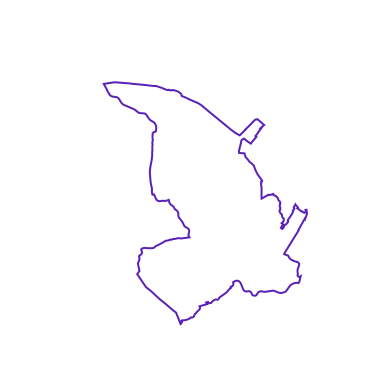 outline of Santiago Tulantepec de Lugo Guerrero, Hidalgo, Mexico, rotated 47°
{"feature_id": "50627088B2039046908464", "entity_name": "Santiago Tulantepec de Lugo Guerrero", "entity_type": "district", "adm_level": 2, "iso_a3": "MEX", "parent_name": "Mexico", "parent_adm1": "Hidalgo", "projection": "albers", "projection_center": [-98.384, 20.035], "detail": "fine", "context": "isolated", "style": "outline", "palette": "violet", "viewbox_px": 384, "rotation_deg": 47, "n_neighbors": 0, "source": "geoboundaries", "source_scale": "gbopen_adm2", "svg_char_len": 6047}
<svg xmlns="http://www.w3.org/2000/svg" viewBox="0 0 384 384"><g transform="rotate(47 192 192)"><path d="M289.0,127.9L286.4,122.8L283.0,120.4L282.5,121.3L283.6,121.8L284.0,122.2L284.1,122.7L283.9,123.1L283.9,123.9L283.9,124.1L283.7,124.2L282.9,124.4L281.6,124.5L281.3,124.7L280.7,125.4L280.4,125.4L278.5,125.5L275.7,126.1L275.5,125.0L273.2,125.0L272.7,124.9L271.9,125.2L271.7,125.1L272.6,128.1L273.2,128.3L273.9,128.4L274.4,130.7L274.7,130.6L275.4,132.0L276.0,132.9L276.8,136.2L277.4,138.1L277.3,138.4L277.6,139.9L278.2,141.4L278.3,141.5L278.7,141.4L278.9,141.5L279.1,141.6L279.3,141.9L279.7,144.2L279.6,146.2L279.5,146.8L279.6,147.4L279.5,147.9L280.0,148.4L280.5,149.4L280.5,151.2L278.9,151.5L277.7,147.4L275.9,147.7L275.9,147.3L276.0,146.2L275.7,145.1L275.4,144.3L274.4,143.3L274.1,143.1L273.8,143.1L273.0,143.2L272.5,143.2L271.1,142.6L270.0,141.8L269.5,141.8L269.0,141.6L267.9,141.8L267.0,141.4L266.1,141.3L265.9,141.2L265.4,140.9L265.3,140.7L264.9,139.1L264.1,138.8L263.8,138.3L263.1,137.8L262.3,137.7L262.1,137.6L261.2,136.1L260.8,135.9L260.7,135.8L260.5,135.5L260.5,135.1L259.5,134.4L259.0,134.4L258.4,134.3L257.8,134.4L257.0,134.3L256.5,134.1L255.3,133.5L254.6,133.5L253.4,133.2L252.5,133.4L251.6,133.5L250.7,134.2L250.4,134.3L249.5,134.2L248.9,134.0L248.8,134.3L248.7,134.2L248.4,134.6L248.3,135.1L248.3,135.3L246.9,137.6L246.7,137.5L246.2,137.8L244.3,145.6L242.5,144.1L241.0,142.6L238.0,139.8L235.9,137.8L234.6,137.1L233.1,136.0L233.1,135.7L232.7,135.1L231.6,134.6L231.6,134.4L231.9,134.3L232.0,134.2L232.0,133.8L231.7,133.1L231.4,132.9L225.5,132.2L224.1,132.0L221.8,131.5L221.2,131.2L218.8,130.5L217.7,130.0L214.8,128.8L212.2,128.9L209.9,129.2L208.7,129.3L206.1,129.0L203.5,129.0L202.6,128.9L201.1,128.0L200.7,127.8L200.1,127.8L199.5,127.3L195.6,130.9L194.0,129.7L189.5,122.7L189.2,122.6L187.8,120.1L188.4,117.5L192.3,117.0L196.7,116.0L196.2,113.2L195.6,107.3L194.3,107.4L194.2,106.7L194.1,105.2L193.3,102.1L192.5,97.4L192.1,97.8L192.1,97.7L192.0,95.5L192.1,94.1L192.2,93.5L183.3,94.5L183.2,95.0L182.2,96.4L182.2,97.7L182.5,103.1L182.7,110.3L182.9,110.3L183.1,118.5L178.3,120.0L173.5,120.9L146.1,124.6L134.9,126.0L131.7,126.8L129.7,127.6L122.9,130.6L118.7,132.2L114.8,134.0L114.3,133.8L113.1,133.1L112.5,133.1L109.5,133.5L105.6,135.5L104.2,136.7L103.9,137.1L103.9,137.5L103.6,137.8L102.8,138.3L102.8,138.5L102.0,139.2L101.3,139.3L101.0,140.1L100.6,140.6L100.0,140.9L98.8,141.4L97.6,142.1L96.2,142.6L95.2,143.1L89.9,146.0L87.4,148.6L81.5,153.5L72.7,161.4L70.7,163.0L59.2,173.5L58.0,175.1L57.7,175.7L56.5,177.2L52.8,182.8L59.5,184.5L59.9,184.8L64.0,185.7L65.2,186.0L66.3,185.8L67.9,185.1L69.0,184.3L69.9,183.5L70.9,182.7L71.6,182.3L72.3,182.0L73.3,181.9L74.1,181.9L78.4,182.8L79.5,182.8L81.0,182.7L81.8,182.4L83.0,181.9L88.3,179.5L92.7,177.7L97.6,177.0L99.4,175.8L101.9,173.3L102.7,172.9L103.6,172.7L104.9,172.8L108.2,173.4L109.8,173.5L110.6,173.5L111.9,173.3L114.7,172.4L115.6,172.3L116.6,172.4L118.1,172.8L119.8,173.6L121.0,174.7L122.4,176.4L123.1,177.4L122.2,178.8L122.2,180.7L124.4,183.0L127.7,185.7L128.5,187.1L130.4,188.5L132.4,190.7L134.6,192.6L135.7,194.0L137.5,195.5L141.1,199.6L145.1,205.2L148.6,209.2L152.3,212.2L156.8,215.7L160.8,218.2L161.7,218.6L163.2,219.7L163.2,220.2L166.7,222.7L167.1,222.7L167.8,221.5L168.7,221.7L173.4,223.3L174.6,223.1L175.9,222.6L177.3,221.2L177.9,220.0L179.0,218.9L180.1,217.9L181.5,215.5L181.9,214.4L183.4,215.3L184.5,215.8L185.4,216.0L186.8,216.1L189.4,215.6L190.4,215.6L192.7,216.2L193.7,216.1L195.5,215.8L196.2,215.8L196.9,215.9L198.2,216.5L200.0,218.1L200.7,218.6L201.5,218.9L206.9,219.4L207.8,219.6L211.0,220.6L212.1,220.8L213.1,220.6L215.3,219.9L216.3,219.8L217.1,219.9L218.0,220.2L218.7,220.7L219.1,221.2L220.7,223.6L221.3,224.1L222.6,224.7L223.4,224.8L220.5,229.0L218.8,231.3L216.9,233.2L216.0,233.9L215.1,235.8L214.1,237.2L213.3,238.1L212.9,239.7L211.9,240.4L211.1,242.7L209.7,244.5L209.7,244.8L208.7,249.4L207.6,253.2L206.9,255.1L206.8,258.0L205.9,259.5L203.9,261.7L201.5,264.0L200.3,265.0L199.1,267.6L199.7,268.6L201.5,269.4L202.4,269.9L203.0,271.8L202.7,273.3L202.9,274.6L204.3,275.4L204.9,275.9L206.3,277.8L206.5,278.7L207.5,280.5L212.2,283.2L214.0,284.4L214.1,285.3L214.7,288.1L230.0,290.5L231.0,290.4L237.0,289.5L247.2,288.8L249.1,288.6L256.8,287.5L266.2,286.5L269.2,285.9L274.8,288.0L280.7,290.4L280.8,289.8L280.5,289.1L280.5,288.7L280.3,288.0L279.7,288.0L279.0,287.5L279.0,287.0L279.5,286.2L280.4,285.4L282.3,282.1L283.0,279.6L283.0,278.9L282.9,278.4L283.0,278.2L283.5,277.9L284.0,277.3L284.4,276.2L284.3,275.4L283.9,274.7L283.4,273.6L283.2,272.7L283.4,271.7L283.1,270.5L283.0,268.1L283.1,267.4L283.1,266.8L282.3,265.1L280.7,264.4L284.4,257.4L282.4,257.0L283.3,255.3L284.5,255.7L286.1,253.9L286.1,253.0L285.9,251.8L286.0,251.0L286.1,249.8L286.5,248.4L286.9,247.8L288.2,246.8L288.4,246.3L288.5,245.8L287.9,244.4L288.0,243.4L288.0,242.4L288.2,241.5L288.9,236.1L289.0,235.0L288.7,233.2L288.5,230.3L288.7,229.0L288.5,228.8L287.9,228.6L287.7,228.1L287.9,227.6L288.2,227.3L288.4,227.0L288.4,226.7L288.2,225.6L287.5,224.3L286.0,223.5L286.4,221.6L287.0,220.2L287.7,219.5L288.5,218.9L289.5,218.4L291.4,218.5L293.6,219.2L296.9,220.5L298.3,221.0L299.7,221.2L300.9,220.8L301.8,220.2L303.1,218.2L304.1,217.5L305.4,217.2L306.3,217.4L307.6,217.9L308.5,218.0L309.4,217.8L310.0,217.4L311.0,216.4L311.4,215.3L311.2,214.8L310.6,212.3L310.7,210.8L311.5,209.4L312.6,208.5L314.6,207.0L319.3,200.1L320.5,199.2L324.1,197.6L326.7,195.8L328.6,192.1L328.7,190.9L328.3,188.7L327.4,184.6L327.4,182.9L327.7,181.3L328.1,180.0L329.7,177.5L330.5,176.7L331.0,176.5L331.2,175.2L327.7,170.0L327.5,171.1L327.4,171.5L327.0,171.7L326.5,171.9L325.9,171.9L325.4,171.9L324.9,171.6L323.9,170.2L323.0,169.7L322.9,169.6L322.1,169.0L320.8,167.8L318.7,163.8L318.4,163.3L318.0,163.0L317.5,162.6L317.0,162.5L316.4,162.3L315.8,162.4L315.3,162.6L313.8,163.4L312.9,164.1L312.2,164.4L311.0,164.8L309.8,165.4L309.3,165.6L306.9,165.8L305.8,165.6L304.7,165.2L304.2,165.1L303.8,165.2L303.3,165.5L301.5,166.5L300.1,166.9L296.7,154.6L292.9,140.6L292.6,140.6L288.4,127.8L289.0,127.9Z" fill="none" stroke="#5b21b6" stroke-width="2"/></g></svg>